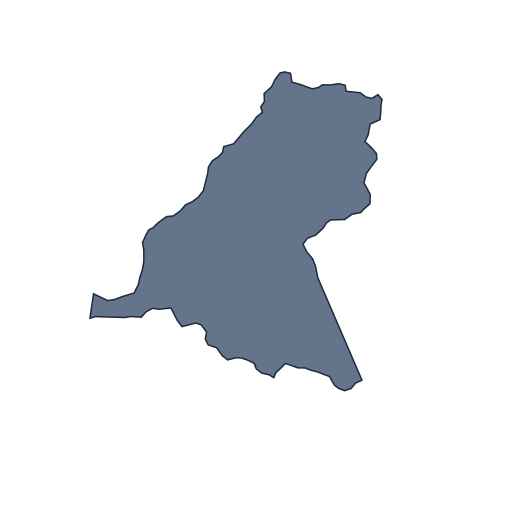 Iguaraçu, Paraná, Brazil, rotated 157°
{"feature_id": "56859067B69618281241439", "entity_name": "Iguaraçu", "entity_type": "district", "adm_level": 2, "iso_a3": "BRA", "parent_name": "Brazil", "parent_adm1": "Paraná", "projection": "albers", "projection_center": [-51.847, -23.218], "detail": "fine", "context": "isolated", "style": "filled", "palette": "slate", "viewbox_px": 512, "rotation_deg": 157, "n_neighbors": 0, "source": "geoboundaries", "source_scale": "gbopen_adm2", "svg_char_len": 1707}
<svg xmlns="http://www.w3.org/2000/svg" viewBox="0 0 512 512"><g transform="rotate(157 256 256)"><path d="M84.8,340.0L82.0,346.0L78.8,350.9L80.7,356.9L87.8,355.8L92.8,359.5L96.2,365.5L101.0,368.2L108.7,372.4L107.2,378.3L112.1,382.1L120.7,384.4L127.9,387.6L132.9,386.7L138.9,387.9L148.6,397.0L155.0,401.9L152.8,410.7L157.6,414.2L162.3,415.1L169.4,411.1L175.6,405.7L185.0,402.4L187.9,395.0L193.4,391.3L193.9,385.9L201.1,383.8L208.7,379.2L218.4,375.3L224.7,372.1L232.9,368.0L243.0,369.3L246.4,364.4L251.8,362.1L259.0,360.7L265.0,356.5L268.2,350.9L274.3,342.9L278.8,336.8L286.1,332.7L293.8,330.8L300.6,330.7L307.9,327.2L316.4,325.2L323.0,327.2L333.3,324.8L339.6,322.3L344.4,321.9L348.6,318.8L355.1,312.8L357.0,305.1L361.4,294.8L366.3,287.2L371.0,282.1L375.4,275.8L382.6,269.6L395.2,270.9L403.4,271.2L409.9,272.9L420.3,284.7L433.2,263.6L427.4,262.9L400.7,250.6L394.6,249.1L385.5,244.5L378.6,247.7L371.5,248.2L366.2,244.9L354.6,241.4L353.6,227.1L351.7,219.9L337.6,217.8L333.3,213.9L331.2,205.3L335.1,199.5L334.7,192.9L328.1,186.9L326.0,177.4L322.6,171.4L314.2,170.2L309.3,167.8L304.1,163.1L299.6,157.9L299.9,152.2L296.5,146.0L290.1,141.3L287.2,137.0L283.5,140.7L276.9,143.1L270.8,145.6L261.2,136.7L254.6,133.8L250.0,129.3L245.0,125.5L235.5,116.4L234.2,106.3L231.6,101.7L227.1,97.4L220.2,96.9L213.9,100.1L207.0,100.3L207.6,211.9L205.2,223.6L205.0,231.3L207.7,240.2L208.1,248.5L201.8,252.2L192.6,252.0L183.3,255.4L178.3,258.9L173.4,260.0L166.7,257.5L160.2,254.9L151.5,256.9L142.6,255.1L138.1,257.1L130.7,259.5L126.8,268.1L128.0,281.3L122.0,289.0L113.5,294.1L107.0,297.8L105.1,303.3L107.2,310.0L111.0,318.8L105.4,323.7L99.4,332.8L88.5,333.1L84.8,340.0Z" fill="#64748b" stroke="#1e293b" stroke-width="1.5"/></g></svg>